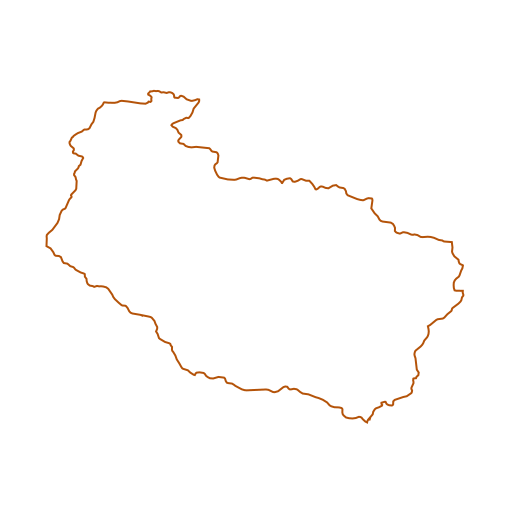 Guadalupe, Antioquia, Colombia, rotated 96°
{"feature_id": "7082276B7072789807287", "entity_name": "Guadalupe", "entity_type": "district", "adm_level": 2, "iso_a3": "COL", "parent_name": "Colombia", "parent_adm1": "Antioquia", "projection": "natural_earth1", "projection_center": [-75.232, 6.863], "detail": "fine", "context": "isolated", "style": "outline", "palette": "amber", "viewbox_px": 512, "rotation_deg": 96, "n_neighbors": 0, "source": "geoboundaries", "source_scale": "gbopen_adm2", "svg_char_len": 6069}
<svg xmlns="http://www.w3.org/2000/svg" viewBox="0 0 512 512"><g transform="rotate(96 256 256)"><path d="M103.4,378.5L103.9,378.7L105.7,380.2L106.3,380.2L106.8,380.0L107.5,378.2L108.6,376.7L109.4,376.4L110.7,376.6L112.7,376.2L113.8,377.0L113.7,379.0L114.8,379.6L116.1,381.8L116.3,387.0L115.7,399.6L115.7,405.8L116.2,407.6L117.6,409.9L118.4,412.5L119.0,418.7L119.0,422.7L119.3,423.4L121.3,424.1L122.8,425.0L124.8,426.8L126.0,428.6L128.1,429.9L130.0,430.5L135.6,431.0L139.6,431.8L142.2,433.4L146.2,434.9L147.4,436.1L148.0,438.0L148.2,439.9L148.6,440.5L150.5,442.3L152.4,446.0L153.7,447.7L155.6,449.9L156.8,450.6L157.5,451.5L160.9,452.6L161.9,453.3L163.1,453.3L164.7,452.6L165.9,451.7L167.9,448.7L168.6,448.3L170.0,448.3L171.2,449.0L172.5,448.8L173.0,447.9L173.0,446.0L174.8,443.1L175.2,439.5L176.0,438.4L176.6,438.1L179.7,439.4L183.6,440.1L185.1,441.6L186.5,441.8L187.6,442.3L190.8,444.9L192.1,445.0L193.3,445.5L194.5,445.4L196.4,443.7L198.6,443.0L200.1,442.2L207.9,441.8L209.5,442.4L214.3,446.2L215.2,446.3L215.9,445.7L216.9,445.7L218.6,447.1L219.9,447.8L228.2,450.4L228.9,450.9L230.0,452.9L231.3,454.0L235.7,455.5L240.0,455.7L243.9,456.9L251.3,461.3L254.6,464.5L256.9,466.2L258.3,466.3L260.5,465.9L268.1,465.4L269.9,461.1L273.5,457.9L275.8,456.6L276.5,455.7L276.7,455.1L276.6,452.0L277.5,449.9L281.6,447.8L283.1,446.4L283.3,442.9L284.0,441.7L285.5,439.7L286.1,436.7L286.7,435.7L288.2,434.3L288.7,433.5L290.7,428.7L291.4,425.4L291.9,424.4L294.5,424.0L296.4,422.2L298.6,421.8L300.5,421.0L301.5,420.3L302.8,418.2L303.0,415.2L303.6,413.7L302.4,411.0L302.6,408.7L302.3,407.1L302.3,404.8L302.8,401.7L304.1,399.5L309.5,394.9L311.6,393.7L313.6,391.9L316.8,387.7L318.9,384.6L319.2,383.7L319.1,381.0L319.3,380.2L321.1,378.3L324.2,376.3L325.5,374.8L326.1,372.9L326.6,364.8L327.1,363.1L326.8,363.1L327.4,356.8L327.7,354.5L328.3,353.2L331.2,350.2L333.9,348.9L337.0,346.8L338.8,346.7L341.5,347.5L343.8,345.7L347.8,343.9L348.5,342.9L351.0,337.5L351.8,333.3L352.3,332.1L353.8,331.4L355.2,330.0L357.9,329.8L359.0,329.4L360.2,328.2L363.4,325.8L367.1,324.0L371.0,320.9L374.0,318.8L375.4,317.6L375.8,316.7L376.8,311.8L378.8,309.2L380.6,305.6L380.8,304.4L379.0,303.7L378.2,302.8L377.6,300.0L377.8,295.9L378.5,294.7L380.5,293.0L381.6,291.1L382.4,289.0L382.3,285.8L380.2,280.7L380.3,275.1L381.1,274.0L383.5,273.0L385.0,271.8L385.3,270.6L385.4,266.5L386.4,264.4L387.3,263.0L388.9,259.1L390.1,256.1L390.6,253.4L390.6,251.4L387.7,232.1L387.8,229.6L389.5,224.9L389.5,223.2L388.2,219.9L383.5,215.0L382.7,213.2L382.8,211.2L384.4,209.8L385.1,208.6L385.0,207.3L384.1,204.4L384.3,201.6L384.9,200.4L386.6,197.9L387.9,195.2L388.1,189.4L390.2,181.9L390.7,178.9L392.0,174.5L394.2,170.0L396.8,167.2L397.6,165.5L398.2,162.2L397.9,157.6L398.2,155.3L398.7,154.4L399.5,154.0L402.5,153.8L404.3,153.2L405.4,152.2L407.2,149.6L407.6,146.5L407.5,143.1L406.7,139.8L405.2,136.9L405.2,135.5L405.7,134.1L407.0,132.9L409.2,130.0L409.9,128.1L408.7,128.0L407.2,127.4L406.8,126.5L406.8,125.9L405.8,125.7L405.8,126.5L401.3,123.4L398.6,123.1L396.0,121.8L394.9,120.7L393.6,117.9L391.7,115.1L390.9,114.9L389.9,115.8L388.8,115.9L387.5,112.6L387.5,111.9L389.3,110.8L390.0,109.7L390.5,108.0L390.5,105.2L390.0,104.5L389.2,104.1L386.2,104.3L384.6,103.0L380.8,94.7L379.7,91.4L376.2,87.3L375.6,86.9L374.1,86.7L373.4,86.7L371.9,87.6L370.6,87.6L366.1,86.1L364.8,86.2L363.3,86.7L361.5,86.7L361.2,86.2L360.8,84.1L359.3,83.7L357.6,82.1L354.9,82.0L352.2,84.2L341.0,86.7L338.6,87.8L337.1,88.2L335.7,88.1L334.1,87.8L333.1,87.1L328.8,82.8L326.9,81.4L325.3,80.6L322.5,79.8L318.9,77.3L317.4,76.7L315.5,76.3L313.0,76.3L310.6,76.8L307.9,77.7L306.4,75.6L300.7,70.0L299.9,68.7L298.7,63.7L297.6,62.3L293.9,59.6L290.4,56.1L289.9,55.8L287.9,55.5L287.2,55.1L282.2,49.7L280.0,47.9L278.6,47.2L275.6,46.8L273.8,45.7L273.0,45.7L270.8,46.6L269.0,46.7L269.6,53.3L269.4,54.9L267.1,55.9L264.3,56.4L261.8,56.5L259.5,55.8L257.6,54.5L255.4,52.2L254.1,51.6L249.0,50.4L246.8,49.5L243.8,49.2L243.6,49.3L242.7,52.0L242.1,52.9L240.3,53.8L238.6,54.2L235.6,58.7L232.8,60.8L231.2,61.5L227.0,61.5L221.7,62.7L221.9,70.0L221.8,71.0L221.1,72.3L220.9,75.9L219.3,80.9L218.8,84.4L218.9,87.3L219.8,92.3L219.8,94.3L218.3,97.6L218.0,100.8L218.5,102.0L218.5,103.8L217.2,107.8L216.9,111.4L217.1,112.5L218.5,114.8L218.7,115.4L218.2,118.2L217.7,119.3L216.6,120.5L213.5,120.7L211.5,121.8L209.8,123.2L208.7,125.5L208.5,133.7L208.0,135.6L206.9,137.0L203.8,139.1L201.1,142.5L196.6,146.3L188.6,146.0L187.3,146.3L186.7,146.8L186.7,150.1L187.3,151.7L189.2,154.8L189.4,155.5L189.3,158.2L188.8,161.4L186.0,171.2L184.4,172.7L182.2,173.3L180.0,174.8L179.3,176.2L179.1,180.0L178.6,181.3L177.1,183.7L178.0,186.9L181.1,191.1L181.0,194.0L180.1,196.8L180.0,198.6L180.6,199.8L182.6,201.6L183.5,203.0L183.4,203.8L181.1,205.3L178.5,207.5L175.6,210.8L175.9,214.2L174.7,218.6L174.9,219.8L176.8,222.3L178.0,224.8L178.2,225.6L178.0,227.3L175.9,228.9L175.2,230.0L175.2,230.8L176.0,233.5L177.3,235.9L180.7,237.6L180.7,237.9L179.5,238.8L177.8,241.0L177.1,242.4L177.0,244.3L177.4,246.4L179.9,253.0L179.1,255.2L179.0,257.7L178.4,260.7L178.3,266.1L178.5,267.7L179.9,269.4L180.3,270.6L179.4,275.5L179.6,278.2L180.3,280.3L182.0,283.6L182.5,285.4L182.8,292.1L181.8,300.4L181.1,301.5L179.2,303.2L175.5,305.5L172.5,306.8L170.4,306.7L169.5,306.3L168.9,305.9L167.8,304.6L166.8,304.0L160.0,303.9L158.2,304.7L157.3,305.5L156.9,306.4L156.7,310.1L156.3,311.1L154.4,312.8L153.7,313.8L153.7,326.9L154.7,331.5L154.6,334.7L153.9,337.5L152.1,339.8L151.9,343.4L150.5,345.1L149.6,345.4L148.4,345.0L145.5,342.8L144.6,342.7L143.4,343.0L141.4,345.9L138.7,347.4L137.2,349.1L136.1,352.4L134.7,353.8L133.4,353.0L132.6,352.0L129.0,345.3L128.4,343.1L127.4,342.3L125.8,339.8L125.9,337.8L125.7,337.3L123.6,335.8L119.9,334.2L115.9,333.4L109.3,329.1L107.7,328.7L106.3,328.9L106.2,330.7L107.3,332.7L108.3,335.5L108.5,336.8L107.4,341.4L105.1,344.6L104.5,346.9L104.7,348.0L106.4,349.2L107.0,350.1L107.0,353.5L106.4,354.0L104.7,354.3L103.7,354.9L102.7,356.3L102.2,358.0L102.2,359.7L103.2,361.9L102.8,365.0L103.3,367.3L102.3,369.4L102.1,370.8L102.5,372.6L102.4,374.8L103.1,376.6L103.4,378.5Z" fill="none" stroke="#b45309" stroke-width="2"/></g></svg>